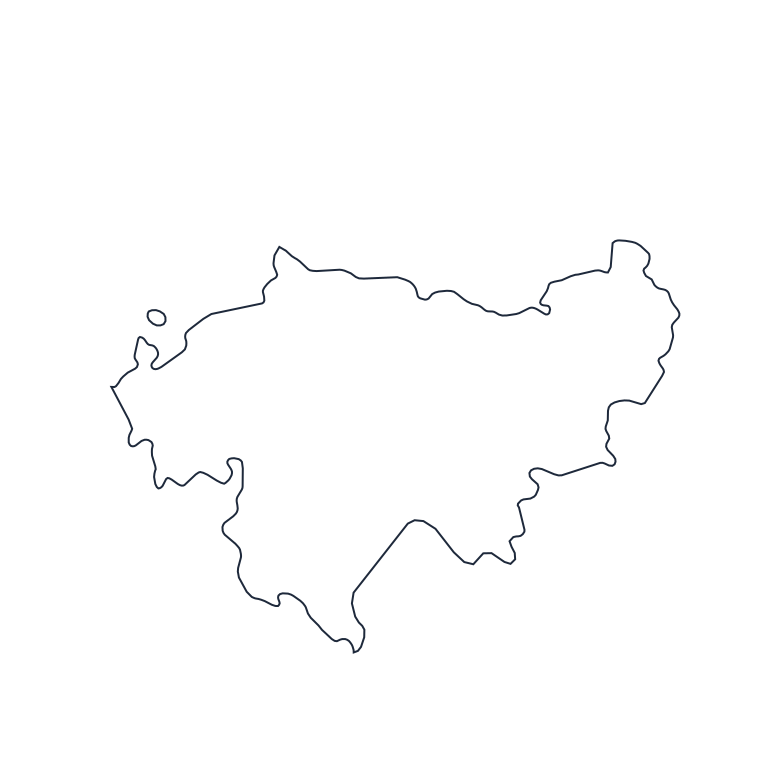 outline of Perugia, rotated 301°
{"feature_id": "ITA-5432", "entity_name": "Perugia", "entity_type": "Province", "adm_level": 1, "iso_a3": "ITA", "parent_name": "Italy", "parent_adm1": "", "projection": "robinson", "projection_center": [12.525, 43.115], "detail": "fine", "context": "isolated", "style": "outline", "palette": "slate", "viewbox_px": 768, "rotation_deg": 301, "n_neighbors": 0, "source": "natural_earth", "source_scale": "10m", "svg_char_len": 5831}
<svg xmlns="http://www.w3.org/2000/svg" viewBox="0 0 768 768"><g transform="rotate(301 384 384)"><path d="M301.3,586.7L295.0,585.1L293.5,578.9L294.4,563.3L290.0,556.3L275.5,553.4L272.7,544.5L275.7,530.5L286.4,502.7L286.8,488.4L283.0,480.4L276.6,476.3L189.5,465.4L179.4,469.5L169.8,479.1L166.6,485.3L165.5,489.9L163.3,493.7L156.7,497.5L146.8,499.7L141.8,499.1L138.3,496.3L140.3,495.0L142.7,492.4L143.6,491.2L144.4,489.7L145.1,488.1L145.7,486.3L145.8,484.2L145.4,482.1L143.8,479.5L142.3,478.1L139.3,476.1L138.4,474.0L138.5,470.6L141.3,457.5L143.3,452.2L145.9,441.6L148.1,437.0L152.3,432.0L153.0,430.8L154.3,427.6L154.7,425.8L155.1,423.8L155.7,415.5L155.6,412.8L154.9,409.7L152.4,405.0L150.4,403.1L148.3,402.5L146.7,403.0L145.4,404.0L143.4,406.5L142.3,407.5L140.7,407.8L139.1,407.5L137.8,405.2L137.0,401.6L136.5,393.6L135.8,389.8L135.1,387.1L134.5,385.6L133.9,384.0L133.6,382.3L133.4,380.3L135.2,373.3L143.4,359.3L146.5,356.6L147.8,355.4L151.2,353.7L161.6,350.7L162.9,350.1L164.7,348.8L167.8,345.9L168.8,344.3L169.6,342.0L170.5,339.0L172.8,325.1L173.7,323.1L175.1,321.3L178.2,319.2L180.6,318.7L182.8,318.8L193.0,322.9L196.7,323.8L198.7,323.8L200.4,323.4L202.0,322.7L204.6,320.7L207.1,318.5L208.4,317.6L209.9,316.9L211.7,316.5L220.3,316.5L222.0,316.2L223.5,315.5L239.0,306.4L244.0,302.4L244.7,300.6L244.8,298.2L243.2,293.7L241.7,291.6L240.1,290.0L238.5,289.6L236.8,289.7L235.5,290.5L234.6,291.8L232.4,296.4L231.5,297.8L230.5,298.9L229.1,299.7L227.3,300.3L223.2,300.5L221.2,300.2L217.6,299.1L216.2,298.3L215.4,295.1L215.1,290.3L215.3,279.5L214.8,274.8L213.9,271.8L212.7,270.7L209.5,269.2L194.6,265.0L193.4,264.1L192.6,262.7L192.2,261.1L192.1,258.7L192.7,251.3L192.6,248.6L192.0,246.9L190.3,246.2L182.7,246.7L180.8,246.3L179.3,245.5L178.3,244.4L178.7,242.3L180.5,239.5L185.9,234.8L188.9,233.4L191.7,232.5L193.4,232.2L195.6,230.4L203.1,222.1L206.2,220.0L208.7,218.6L212.1,217.5L213.5,216.2L214.5,214.5L214.6,211.0L213.9,209.1L212.9,207.5L210.3,205.5L203.6,202.9L202.2,202.0L201.2,200.8L200.6,199.2L201.0,197.3L202.4,195.3L206.4,192.9L209.3,192.0L214.0,191.6L215.9,191.2L222.0,183.4L241.1,151.8L242.6,154.5L244.1,155.4L248.1,155.9L252.8,155.9L256.1,156.6L261.8,158.5L269.0,162.8L271.3,163.5L274.1,162.9L275.5,161.5L277.0,158.3L277.8,157.0L279.2,156.0L280.6,155.3L295.5,150.3L297.1,150.0L298.6,150.6L299.2,152.8L299.1,154.7L298.5,156.5L297.1,159.5L296.6,161.0L296.6,162.6L297.7,165.4L298.0,167.0L297.7,168.6L297.2,170.2L296.4,171.7L295.5,173.0L294.4,174.2L293.0,175.1L291.4,175.6L289.5,175.7L283.6,174.6L281.8,174.5L280.2,175.0L279.1,176.0L278.4,177.4L278.4,179.0L279.0,180.5L280.0,181.7L281.2,182.7L284.0,184.4L307.1,194.4L311.1,195.5L315.1,194.7L317.2,193.6L318.9,192.4L321.0,190.0L322.3,189.1L323.8,188.4L325.7,188.0L329.8,188.9L346.8,195.6L355.1,200.0L390.3,238.0L391.9,238.7L393.8,238.5L397.1,236.2L400.4,232.9L401.5,232.2L403.0,231.9L405.2,231.8L409.6,232.4L414.6,233.8L419.0,236.3L420.7,236.6L422.6,236.2L424.5,234.0L427.8,229.5L428.9,228.3L430.6,227.1L437.8,223.9L447.6,223.7L447.7,231.4L447.3,233.2L446.1,239.2L446.0,243.0L446.1,244.9L445.7,248.9L443.3,259.8L443.3,261.8L444.3,264.6L446.1,268.1L459.1,287.1L460.0,289.1L460.8,291.7L461.8,298.6L461.2,304.7L461.7,308.2L464.0,312.5L482.4,340.4L482.7,341.7L484.3,348.3L484.8,351.9L484.9,353.8L484.6,355.8L484.2,357.5L483.6,359.2L482.9,360.7L482.0,362.2L479.9,364.6L477.6,366.8L476.6,367.9L476.1,369.3L476.1,370.9L477.4,375.7L478.5,377.1L480.2,378.2L485.9,379.0L488.7,380.7L491.5,383.4L496.3,389.9L498.2,393.5L499.1,396.5L498.8,400.6L497.7,408.6L497.5,412.6L498.0,418.1L499.8,423.7L500.0,424.7L500.1,426.3L500.0,428.1L499.4,431.8L499.3,433.6L499.6,435.1L500.3,436.6L501.9,439.4L502.5,441.0L502.7,442.9L502.7,446.8L503.6,450.1L505.9,453.8L512.1,461.3L514.4,463.4L524.1,469.6L525.2,470.8L526.0,472.2L526.5,473.8L526.8,475.5L526.9,477.4L526.8,485.3L527.0,487.0L528.0,488.4L529.8,489.1L533.4,488.0L534.9,486.5L535.5,484.8L535.0,483.2L533.6,480.2L533.2,478.7L533.3,477.2L534.2,475.9L536.5,475.2L547.3,475.7L550.6,475.2L552.9,474.5L554.6,474.2L556.7,474.9L559.5,477.4L564.5,482.9L572.5,488.5L576.1,491.7L577.9,494.1L589.9,506.5L591.7,509.0L592.4,510.5L592.8,512.0L593.5,515.5L594.1,517.0L594.9,518.5L601.0,518.1L622.5,507.4L625.2,508.4L626.2,509.2L627.3,510.3L628.2,511.6L631.1,517.2L633.5,523.3L634.4,526.5L634.6,528.3L634.6,530.4L634.5,532.9L632.4,542.9L631.9,544.3L630.4,545.7L628.0,547.2L623.4,548.6L620.8,548.7L618.5,548.2L616.9,547.6L614.9,548.0L613.3,549.8L611.5,552.9L611.5,559.6L608.2,564.7L607.7,566.4L607.4,568.6L607.5,570.4L608.0,572.0L609.1,575.1L609.5,576.7L609.5,578.4L609.1,580.1L608.3,581.5L604.1,586.3L602.4,588.9L600.9,592.0L599.1,596.9L598.3,598.4L597.4,599.8L596.4,601.0L594.7,601.9L592.5,602.2L585.9,600.8L583.2,600.6L580.9,601.4L574.7,606.7L572.8,607.7L561.0,610.9L558.5,610.9L554.4,610.0L552.1,609.1L548.7,607.2L547.2,606.8L545.3,607.3L543.5,609.5L542.4,611.5L540.9,615.0L540.2,616.2L539.2,617.2L538.5,617.8L534.2,618.2L502.0,617.4L499.2,614.8L496.1,602.8L493.8,598.6L490.6,594.5L486.9,591.1L483.2,589.0L479.8,588.7L476.4,589.8L468.0,594.6L461.7,596.0L459.6,597.0L458.1,598.8L455.5,603.3L453.2,605.2L447.3,605.5L444.6,606.7L442.6,609.7L440.5,617.5L438.8,620.9L436.6,622.5L433.9,623.0L431.5,621.9L430.0,618.8L429.5,614.0L429.0,611.9L427.7,609.9L397.2,583.3L395.5,580.6L394.3,576.3L392.4,563.1L390.9,559.2L388.6,556.3L385.7,554.5L382.6,554.5L379.8,556.7L378.6,559.8L377.2,567.3L375.0,569.7L372.6,570.5L367.2,571.2L364.8,570.7L361.2,568.5L356.9,563.0L354.8,561.5L350.5,560.5L348.8,561.2L347.7,563.3L331.4,579.5L329.7,580.4L326.8,580.3L324.2,579.3L322.7,577.7L321.4,575.8L319.4,573.7L313.9,572.6L310.2,577.1L306.5,583.1L301.3,586.7ZM325.0,145.0L327.7,147.1L329.9,150.5L330.8,154.5L330.6,159.1L328.7,162.2L325.4,164.3L321.8,164.3L319.1,162.2L317.2,159.1L316.7,154.9L317.7,149.8L319.9,146.7L322.8,145.2L325.0,145.0Z" fill="none" stroke="#1e293b" stroke-width="2"/></g></svg>